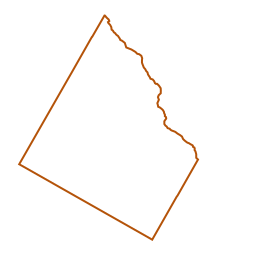 the district of La Plata, Colorado, United States of America, rotated 120°
{"feature_id": "52423323B97319640359332", "entity_name": "La Plata", "entity_type": "district", "adm_level": 2, "iso_a3": "USA", "parent_name": "United States of America", "parent_adm1": "Colorado", "projection": "albers", "projection_center": [-108.15, 37.32], "detail": "fine", "context": "isolated", "style": "outline", "palette": "amber", "viewbox_px": 256, "rotation_deg": 120, "n_neighbors": 0, "source": "geoboundaries", "source_scale": "gbopen_adm2", "svg_char_len": 1436}
<svg xmlns="http://www.w3.org/2000/svg" viewBox="0 0 256 256"><g transform="rotate(120 128 128)"><path d="M213.0,103.1L212.6,51.2L163.2,51.5L161.8,51.3L120.3,51.6L119.7,54.0L116.6,55.8L114.5,57.9L113.8,59.3L112.5,59.9L111.7,60.8L111.9,62.0L111.4,62.7L110.8,63.1L110.7,64.2L110.8,65.5L110.7,67.8L111.0,69.2L110.8,71.0L110.5,72.9L110.0,74.8L108.4,77.0L108.1,79.5L108.1,81.7L108.0,83.1L107.7,85.0L107.9,86.6L108.3,88.8L108.3,90.2L107.8,91.6L108.3,93.6L107.4,95.2L107.2,96.8L106.4,98.5L105.2,99.2L104.0,99.9L102.3,99.8L100.8,99.6L99.6,100.5L99.3,102.0L98.1,102.6L97.0,104.2L96.0,105.0L95.0,106.8L94.6,108.5L94.3,110.7L94.5,112.5L93.2,113.6L91.8,115.0L88.1,115.4L86.3,117.5L84.2,117.8L81.6,117.0L79.0,118.4L77.2,119.6L75.8,122.5L75.2,124.8L75.8,125.8L75.7,127.0L74.3,128.9L73.6,130.9L74.1,133.2L73.1,134.5L72.5,135.8L71.6,137.5L70.1,138.9L69.5,140.9L68.5,142.3L67.7,144.6L67.1,145.3L65.7,147.1L64.4,148.6L62.1,149.9L60.5,150.6L58.8,152.6L58.5,155.2L59.1,157.1L58.4,159.6L58.3,164.3L58.7,166.9L59.1,169.8L55.9,173.3L55.6,175.3L55.4,177.1L55.6,178.7L54.7,179.8L54.0,181.3L53.3,182.6L53.2,183.8L52.9,185.3L52.3,186.4L52.2,188.0L51.2,189.8L51.0,191.4L49.0,192.9L47.6,195.1L47.3,196.3L46.8,197.7L46.3,198.3L45.6,198.0L44.7,197.7L43.7,199.0L43.3,200.9L42.8,202.6L42.4,203.5L42.2,204.4L42.4,204.6L53.6,204.6L59.8,204.6L67.0,204.6L67.2,204.8L108.4,204.5L114.7,204.5L213.8,204.1L213.0,103.1Z" fill="none" stroke="#b45309" stroke-width="2"/></g></svg>